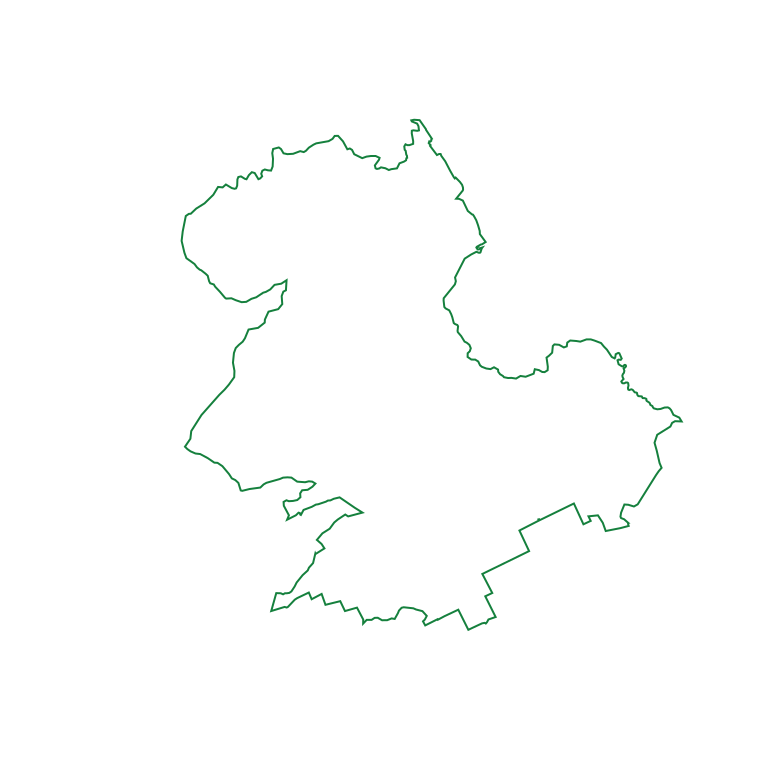 the district of Tlalnelhuayocan, Veracruz, Mexico, rotated 325°
{"feature_id": "50627088B87731139171896", "entity_name": "Tlalnelhuayocan", "entity_type": "district", "adm_level": 2, "iso_a3": "MEX", "parent_name": "Mexico", "parent_adm1": "Veracruz", "projection": "natural_earth1", "projection_center": [-96.975, 19.543], "detail": "fine", "context": "isolated", "style": "outline", "palette": "green", "viewbox_px": 768, "rotation_deg": 325, "n_neighbors": 0, "source": "geoboundaries", "source_scale": "gbopen_adm2", "svg_char_len": 6166}
<svg xmlns="http://www.w3.org/2000/svg" viewBox="0 0 768 768"><g transform="rotate(325 384 384)"><path d="M209.4,531.3L223.6,536.8L221.8,547.6L233.6,551.7L231.9,565.0L229.5,568.3L234.5,567.3L238.5,570.1L242.2,570.2L244.8,571.9L246.9,576.4L251.1,579.3L255.8,580.4L258.0,582.6L264.0,579.7L266.3,578.2L270.1,577.4L272.1,578.2L279.4,584.6L280.9,587.1L285.2,592.1L286.0,598.5L282.3,600.4L279.8,600.8L279.3,605.4L293.0,607.4L292.9,608.0L300.4,608.9L315.4,611.5L312.1,633.7L327.0,636.3L329.5,637.4L330.0,638.6L331.7,638.2L334.5,636.8L341.8,638.9L345.2,616.0L352.8,617.3L355.6,596.0L407.0,604.1L410.9,581.7L432.6,584.7L432.8,583.5L433.4,583.7L433.1,584.8L471.0,590.8L466.9,613.3L474.8,614.7L475.6,609.7L483.9,614.3L483.6,623.2L481.3,631.6L495.1,637.7L503.0,640.6L503.5,639.1L504.2,637.7L504.4,637.8L503.1,632.5L501.3,629.8L501.6,628.3L504.4,625.4L511.8,620.6L514.8,623.0L518.5,627.7L522.8,628.1L554.7,614.6L559.0,613.0L563.3,611.9L564.4,606.8L569.2,595.0L571.9,587.3L578.7,582.3L594.2,583.1L597.7,581.1L601.1,581.4L606.3,585.4L606.6,580.9L603.4,575.3L604.2,570.1L604.0,567.9L603.4,566.5L603.0,565.9L600.3,564.2L596.3,563.1L593.4,561.5L591.1,558.8L590.9,557.5L591.2,556.0L590.2,553.9L590.7,552.1L590.6,551.3L589.5,548.6L589.5,548.0L590.3,546.9L590.2,546.3L589.3,545.0L587.8,543.9L588.0,542.0L585.4,539.8L585.3,538.1L586.1,536.5L585.9,535.9L584.6,534.6L584.4,531.7L584.0,530.8L583.5,530.2L581.4,529.6L580.9,528.6L581.6,527.1L583.4,525.5L584.5,523.3L584.3,522.5L583.0,521.5L581.4,521.3L580.1,520.5L579.6,519.4L579.9,518.0L583.1,517.3L583.4,515.3L584.0,513.9L585.2,513.0L587.0,512.4L588.5,511.0L589.2,508.7L591.1,508.8L592.4,508.3L592.8,507.5L592.5,506.7L591.9,506.3L589.8,506.7L589.0,505.9L587.5,502.4L588.9,498.5L590.2,498.6L591.8,500.0L593.3,499.5L594.4,493.8L593.7,492.9L590.9,492.5L588.5,495.0L587.6,495.3L586.3,492.9L586.1,492.4L586.3,483.7L585.6,479.4L585.3,475.0L581.3,469.1L579.0,466.1L575.4,463.6L569.1,461.9L566.2,459.1L561.5,455.2L557.9,455.2L555.3,458.0L552.3,457.2L549.9,452.3L546.3,449.3L544.1,449.7L539.7,454.8L535.4,455.5L532.3,455.6L528.1,463.8L525.9,466.6L522.4,466.4L520.5,464.9L518.9,461.5L516.0,458.4L512.5,461.4L504.2,459.3L500.4,455.7L495.3,455.3L491.8,452.0L489.1,450.3L486.2,447.3L486.0,445.6L484.7,442.6L484.6,439.5L485.7,437.6L483.7,433.4L479.8,432.9L476.7,430.0L474.0,426.0L473.4,423.8L474.1,419.6L472.7,416.3L469.6,414.1L468.0,409.8L470.2,406.8L473.0,406.4L475.6,404.5L476.4,400.9L475.5,397.7L474.3,395.5L474.7,389.0L474.2,383.9L474.7,382.7L477.8,379.2L477.9,377.7L476.6,375.7L476.1,374.1L478.2,368.6L479.1,365.3L479.7,361.1L477.8,357.4L477.6,355.5L480.7,349.8L482.1,348.0L499.2,343.1L501.8,341.0L503.3,337.5L522.0,327.6L529.7,327.9L535.5,328.7L536.9,330.8L537.9,331.5L538.5,331.5L541.8,329.0L543.0,328.6L541.0,328.0L539.0,328.2L537.9,327.5L537.9,325.5L539.6,325.7L539.3,324.9L543.4,325.3L544.4,325.8L548.7,326.0L548.5,316.2L550.2,313.5L552.1,307.9L553.5,302.8L554.0,298.1L554.0,296.3L553.4,295.6L551.9,290.3L553.8,279.0L551.7,275.4L549.4,273.6L559.5,270.7L560.3,270.1L561.4,268.3L562.2,265.6L562.1,262.0L561.1,256.0L559.9,256.2L559.8,254.8L560.5,247.3L561.9,236.7L561.8,230.0L562.3,228.1L561.1,227.2L558.7,226.8L558.3,215.3L559.2,215.0L558.8,212.3L560.3,211.2L561.0,212.1L562.2,211.9L563.2,210.6L563.9,210.6L564.2,199.9L564.5,199.3L564.5,188.3L560.2,184.8L557.6,183.7L557.4,184.9L560.5,189.7L560.1,192.6L558.1,196.3L556.5,195.7L553.5,193.0L552.1,192.5L550.5,194.6L547.2,201.8L545.6,204.0L541.8,202.9L540.1,201.7L539.1,200.0L536.9,201.0L535.3,204.0L535.5,205.4L533.8,208.9L533.7,210.2L532.7,212.0L531.8,211.9L530.4,213.4L527.9,213.3L523.3,212.1L518.3,214.8L513.2,212.2L510.7,211.5L508.9,208.1L505.8,204.8L503.7,204.7L501.6,203.8L500.8,202.5L501.9,199.7L508.6,197.4L510.1,196.2L507.9,192.4L504.0,189.7L500.1,187.7L495.7,186.5L491.4,178.7L492.1,173.9L491.1,171.5L488.6,170.7L489.6,161.7L488.7,154.4L485.9,152.5L482.4,153.7L477.9,153.3L466.5,148.0L463.5,147.5L458.0,147.3L453.8,148.2L451.3,148.0L448.9,145.2L441.6,143.3L436.7,140.3L434.0,137.4L434.4,132.5L433.5,129.9L428.0,127.9L424.9,130.8L422.3,135.8L417.5,142.0L413.9,144.4L411.5,142.4L409.4,139.9L406.7,139.5L404.0,141.4L403.3,144.0L400.5,144.6L398.6,144.2L399.1,137.0L397.2,134.7L393.1,135.4L388.8,137.4L387.7,136.1L385.9,131.9L383.4,130.9L381.3,132.3L377.5,137.3L375.1,138.9L373.6,138.4L371.7,136.2L368.9,129.9L364.6,130.4L361.1,127.4L352.7,131.1L340.6,133.1L330.8,132.6L323.4,133.7L321.7,132.7L318.0,132.7L306.6,143.6L300.3,150.7L295.8,162.0L294.3,167.6L297.6,177.0L297.7,181.2L298.6,184.6L299.5,186.0L301.1,191.3L301.7,194.2L299.7,199.5L299.4,201.8L301.7,204.9L301.5,207.4L302.5,214.3L303.2,222.2L303.7,223.5L308.2,226.3L310.7,230.4L314.3,235.3L318.3,237.7L324.3,238.2L329.1,239.7L337.4,239.9L340.0,240.8L345.1,241.3L351.2,240.0L357.4,242.9L363.7,243.1L357.4,251.0L354.5,250.6L350.6,253.3L346.5,260.2L340.3,262.0L330.9,258.5L323.4,262.9L321.5,265.3L313.1,265.8L304.3,261.7L296.3,266.8L292.5,268.3L287.6,268.7L283.2,269.5L278.9,272.5L272.5,279.9L269.0,287.5L265.2,292.5L256.7,295.5L250.1,297.2L242.9,298.4L216.7,304.7L199.1,312.0L194.0,317.8L185.0,321.2L185.6,324.5L186.9,328.2L189.7,332.8L193.2,335.9L197.1,343.6L199.9,351.1L202.4,353.1L204.5,358.6L205.4,368.9L205.2,374.0L207.1,377.4L208.0,381.5L205.6,389.0L206.6,390.2L213.6,392.9L223.3,397.9L227.8,397.2L231.0,397.5L244.2,402.1L247.6,402.8L251.4,405.1L254.5,407.6L256.9,414.2L263.0,419.2L266.6,420.6L269.2,422.8L270.7,426.2L266.4,427.1L260.8,426.9L256.0,424.1L252.6,425.5L250.6,428.8L246.4,429.3L242.4,427.6L238.8,425.4L237.4,423.3L234.1,423.0L232.1,426.3L230.8,437.0L226.8,439.6L236.6,441.0L240.2,440.4L241.0,441.3L240.5,443.0L240.8,443.6L245.9,441.0L254.4,443.2L259.0,443.7L261.2,444.8L269.0,447.1L271.2,447.3L273.3,448.6L277.0,449.2L282.6,451.4L289.1,468.7L292.6,477.0L278.7,471.9L277.4,468.7L268.4,468.5L263.8,468.9L256.5,471.4L247.9,471.0L239.6,473.2L241.1,479.3L240.9,484.5L230.4,484.0L230.5,483.5L223.2,490.0L217.2,491.4L214.6,493.0L207.7,493.9L198.6,496.5L194.7,498.6L189.2,500.8L186.6,500.8L184.4,499.7L182.8,498.6L180.7,498.4L179.4,496.2L175.8,493.5L161.4,505.3L174.7,509.6L176.1,511.3L177.4,511.5L187.2,509.5L190.1,509.6L202.8,511.7L201.3,518.8L212.5,520.2L209.4,531.3Z" fill="none" stroke="#15803d" stroke-width="2"/></g></svg>